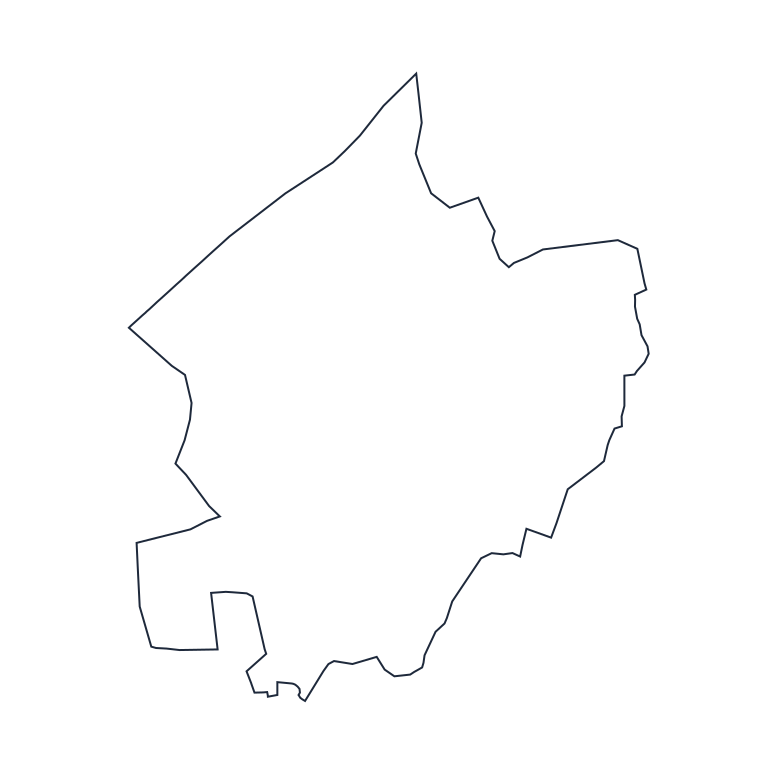 Kaita, Katsina, Nigeria (Natural Earth projection), rotated 352°
{"feature_id": "59680162B53208862785263", "entity_name": "Kaita", "entity_type": "district", "adm_level": 2, "iso_a3": "NGA", "parent_name": "Nigeria", "parent_adm1": "Katsina", "projection": "natural_earth1", "projection_center": [7.748, 13.186], "detail": "fine", "context": "isolated", "style": "outline", "palette": "slate", "viewbox_px": 768, "rotation_deg": 352, "n_neighbors": 0, "source": "geoboundaries", "source_scale": "gbopen_adm2", "svg_char_len": 1940}
<svg xmlns="http://www.w3.org/2000/svg" viewBox="0 0 768 768"><g transform="rotate(352 384 384)"><path d="M459.1,81.1L422.3,108.4L394.7,134.7L377.6,147.9L364.2,157.5L312.9,181.5L251.6,216.3L241.0,223.5L233.1,228.8L227.8,232.4L220.4,237.5L212.0,243.1L203.0,249.2L197.3,253.2L192.5,256.4L181.7,263.8L170.4,271.4L161.7,277.5L161.2,277.8L160.7,278.1L160.3,278.4L159.8,278.7L159.3,279.0L158.8,279.4L158.3,279.7L157.9,280.1L157.4,280.4L154.3,282.4L146.5,287.7L141.9,290.8L139.2,292.8L176.4,336.5L188.2,347.3L190.8,376.0L186.9,392.3L178.7,412.0L166.4,433.8L175.4,446.5L193.8,480.5L203.0,492.3L189.7,494.9L172.1,501.0L116.9,506.9L114.6,531.6L111.1,570.4L117.0,611.7L121.5,613.7L131.7,615.7L144.5,619.0L182.3,623.7L183.7,566.8L188.1,567.1L198.4,567.8L205.2,569.2L218.9,572.2L224.3,576.1L228.9,630.0L229.8,634.8L207.9,649.4L210.9,662.0L210.9,662.3L212.8,671.6L221.5,672.6L225.4,672.8L225.6,676.2L225.5,677.5L235.1,677.1L236.9,664.4L251.2,667.8L252.7,668.4L254.4,669.5L256.4,671.7L257.9,674.2L257.8,677.9L256.1,680.1L256.5,680.9L257.3,682.8L257.6,683.3L258.1,683.7L258.9,684.6L261.7,686.9L284.1,659.8L290.0,653.6L295.9,651.4L313.8,656.9L338.8,653.2L344.9,666.9L353.6,674.9L369.5,675.4L373.9,673.3L377.3,672.0L382.3,670.0L384.3,665.6L386.4,658.3L400.6,636.5L410.6,629.6L413.7,624.5L421.3,608.8L455.9,570.1L467.1,566.5L478.5,569.3L487.7,569.3L494.8,573.8L498.8,562.6L504.9,547.2L528.1,559.4L535.4,545.9L551.3,513.8L582.5,496.3L591.1,491.0L597.0,475.6L599.3,471.0L606.1,460.2L613.7,459.0L614.8,449.1L619.0,439.2L623.2,409.2L633.5,409.5L636.3,406.3L645.0,398.9L650.3,390.9L650.2,383.4L645.8,371.5L645.5,360.5L643.8,354.6L643.3,342.3L644.4,335.6L644.8,330.6L656.9,327.0L656.0,320.6L653.7,285.4L635.6,274.1L560.1,272.9L543.6,278.6L529.5,282.2L523.9,285.7L515.9,276.1L511.2,257.2L514.9,248.0L509.3,232.5L503.3,212.6L473.7,218.6L457.2,201.7L449.5,171.3L447.5,160.2L457.7,130.6L458.6,100.3L459.1,81.1Z" fill="none" stroke="#1e293b" stroke-width="2"/></g></svg>